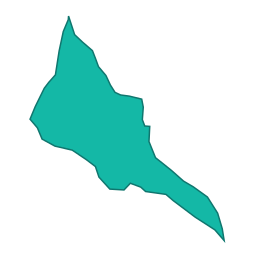 Säter, Dalarna, Sweden, rotated 91°
{"feature_id": "70781695B35872572180279", "entity_name": "Säter", "entity_type": "district", "adm_level": 2, "iso_a3": "SWE", "parent_name": "Sweden", "parent_adm1": "Dalarna", "projection": "mercator", "projection_center": [15.721, 60.435], "detail": "fine", "context": "isolated", "style": "filled", "palette": "teal", "viewbox_px": 256, "rotation_deg": 91, "n_neighbors": 0, "source": "geoboundaries", "source_scale": "gbopen_adm2", "svg_char_len": 753}
<svg xmlns="http://www.w3.org/2000/svg" viewBox="0 0 256 256"><g transform="rotate(91 128 128)"><path d="M120.9,226.1L129.4,218.6L140.6,213.7L147.4,200.7L151.1,183.4L160.3,169.2L167.1,159.9L177.6,156.2L189.4,145.1L190.0,130.9L183.2,124.7L186.9,114.2L191.2,109.3L193.7,88.9L199.9,81.4L216.0,59.2L228.3,39.4L238.9,29.9L227.1,32.0L211.6,36.9L195.6,47.4L185.7,61.7L180.1,71.6L169.6,83.9L157.2,100.0L141.2,106.8L126.0,106.3L126.0,106.5L125.7,111.3L119.4,113.8L106.9,113.1L98.9,114.8L96.1,127.3L95.1,136.0L92.6,141.6L85.3,146.4L75.9,151.0L67.2,158.6L59.9,161.4L51.3,164.9L42.9,175.0L35.6,183.0L17.1,189.4L20.7,189.6L32.7,194.4L52.2,198.2L76.1,201.5L83.7,208.0L89.7,212.4L108.2,221.1L120.9,226.1Z" fill="#14b8a6" stroke="#0f766e" stroke-width="1.5"/></g></svg>